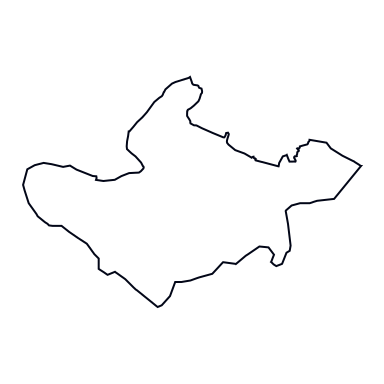 Jiblah, Ibb, Yemen (Albers equal-area conic projection)
{"feature_id": "15242507B54186769788160", "entity_name": "Jiblah", "entity_type": "district", "adm_level": 2, "iso_a3": "YEM", "parent_name": "Yemen", "parent_adm1": "Ibb", "projection": "albers", "projection_center": [44.129, 13.913], "detail": "fine", "context": "isolated", "style": "outline", "palette": "ink", "viewbox_px": 384, "rotation_deg": 0, "n_neighbors": 0, "source": "geoboundaries", "source_scale": "gbopen_adm2", "svg_char_len": 3678}
<svg xmlns="http://www.w3.org/2000/svg" viewBox="0 0 384 384"><path d="M190.0,77.0L188.7,77.9L175.5,82.0L172.0,83.6L165.4,89.4L164.1,92.0L163.8,92.1L162.7,94.9L161.8,96.2L159.3,97.8L154.3,102.0L146.9,112.2L145.5,113.8L143.1,116.5L142.8,116.7L142.7,117.0L137.1,122.2L133.3,126.9L129.4,131.4L128.7,131.4L128.1,136.1L127.1,141.2L126.7,146.3L127.0,149.1L128.7,150.7L129.0,151.0L131.6,153.4L135.5,156.4L141.1,162.6L142.4,165.1L142.9,166.1L143.4,166.5L143.7,167.2L143.4,168.5L140.9,171.2L138.9,172.6L138.7,172.6L134.4,172.8L129.1,173.1L124.2,175.0L121.4,176.1L114.8,179.8L103.4,181.0L96.0,179.9L96.6,178.0L96.3,176.3L92.7,176.0L76.5,169.6L70.0,165.6L63.1,166.9L51.7,164.2L43.6,162.9L40.6,163.7L39.7,163.9L34.7,165.2L27.3,169.3L23.1,184.9L24.6,190.4L28.7,203.2L36.5,214.1L36.7,214.5L37.7,216.3L43.6,221.1L45.1,222.3L47.5,223.8L49.0,225.4L52.8,225.9L55.3,225.9L61.6,225.9L61.7,226.0L69.0,231.8L78.0,238.0L86.8,243.7L88.5,246.0L89.4,247.3L89.6,247.5L92.2,251.2L93.4,252.8L94.2,254.0L94.3,254.1L96.3,256.1L98.7,258.5L98.7,264.6L98.7,267.6L98.7,268.9L100.0,269.8L103.9,272.3L104.9,273.0L105.2,273.2L107.5,274.8L108.4,274.5L115.0,271.8L115.7,272.4L117.2,273.4L121.8,276.7L123.1,277.6L125.3,279.2L133.7,287.6L134.7,288.5L135.7,289.5L136.7,290.1L157.6,307.0L161.7,305.3L170.0,296.1L175.2,282.0L177.4,282.0L181.5,282.0L183.2,281.7L190.4,280.5L196.8,278.2L199.2,277.4L212.3,273.8L217.7,268.0L222.2,263.1L223.1,262.2L235.8,263.9L235.9,264.0L240.1,260.5L245.8,255.7L248.0,254.3L259.4,246.5L264.7,247.0L268.5,247.4L272.2,252.3L274.0,254.7L272.8,257.7L271.2,261.9L271.1,262.0L271.6,262.4L273.6,264.4L276.3,266.1L281.2,264.2L282.1,263.8L282.9,261.8L286.5,252.7L289.7,250.8L290.6,245.6L288.0,223.9L285.7,211.0L286.1,210.3L291.6,205.5L300.1,203.2L301.8,203.2L302.6,203.2L304.4,203.2L309.7,203.2L311.9,202.5L313.5,201.9L317.1,200.8L334.1,198.9L361.0,166.0L360.9,166.0L360.6,165.8L358.7,164.5L354.4,161.8L354.3,161.7L354.0,161.4L352.8,160.9L342.4,155.7L341.3,155.0L340.2,154.3L330.8,148.4L330.5,148.0L326.5,142.7L318.9,141.4L309.5,139.8L309.4,140.6L309.1,141.4L308.3,142.1L307.9,143.7L307.2,144.4L303.4,145.4L301.6,145.9L300.6,146.2L299.9,146.4L299.9,146.6L299.7,147.7L299.0,148.3L298.2,148.4L297.3,148.3L297.1,148.5L297.3,148.7L297.6,149.1L298.1,149.8L298.8,150.3L298.6,151.2L298.4,151.3L297.4,152.0L297.2,152.8L297.2,153.9L296.7,155.0L296.8,156.1L295.6,156.4L294.8,156.3L294.3,156.8L294.1,157.8L295.3,159.8L295.7,160.9L295.4,161.6L294.8,161.6L293.9,161.5L292.8,161.6L290.7,161.6L289.5,161.6L288.3,158.9L286.8,155.0L286.7,155.1L282.8,156.4L280.0,161.5L279.3,162.7L279.2,162.9L278.6,166.3L278.3,166.3L262.1,162.0L261.5,161.9L255.8,160.4L255.7,159.2L255.3,159.3L255.3,158.8L255.1,158.4L254.9,158.3L254.4,158.3L254.2,158.2L253.8,157.9L253.7,157.7L253.6,157.3L253.6,157.1L253.5,156.9L253.5,156.7L253.3,156.7L252.7,156.9L252.3,157.1L251.6,157.7L250.7,157.1L244.5,153.5L235.2,150.1L234.0,149.1L228.5,144.6L227.1,142.8L226.9,141.7L227.0,140.4L227.5,138.5L228.4,135.7L228.8,134.1L228.0,132.7L226.2,133.0L225.5,135.5L224.4,137.3L223.2,137.3L212.3,132.8L211.9,132.6L205.3,129.7L203.0,128.7L201.9,128.2L197.2,125.8L196.6,125.5L196.1,125.4L194.5,125.3L194.0,125.3L193.4,125.0L192.7,124.6L191.6,124.0L191.0,123.6L190.6,123.5L190.3,122.9L190.3,121.2L189.4,119.5L187.7,116.9L187.1,115.9L187.1,115.4L187.1,113.9L187.2,111.1L187.4,110.7L187.5,110.8L187.7,110.2L188.0,109.7L190.1,108.6L191.4,107.7L191.7,107.4L193.8,105.7L198.4,101.3L199.6,98.7L200.0,97.3L200.7,95.1L200.7,94.8L201.0,94.1L202.0,92.8L202.1,91.2L201.8,89.8L201.5,88.6L199.2,87.8L198.9,87.3L198.3,85.8L197.6,85.5L197.5,85.4L193.6,84.8L193.2,84.6L192.3,83.6L192.2,83.5L192.2,83.4L191.6,81.4L190.0,77.0Z" fill="none" stroke="#020617" stroke-width="2"/></svg>